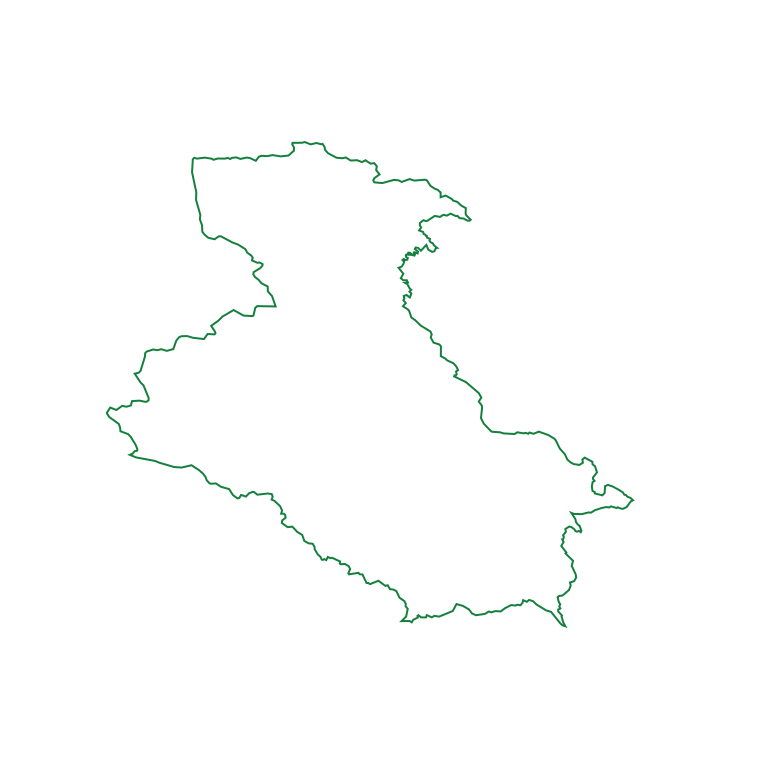 Ban Kha, Ratchaburi, Thailand (Equal Earth projection), rotated 119°
{"feature_id": "78962969B84740319728586", "entity_name": "Ban Kha", "entity_type": "district", "adm_level": 2, "iso_a3": "THA", "parent_name": "Thailand", "parent_adm1": "Ratchaburi", "projection": "equal_earth", "projection_center": [99.377, 13.332], "detail": "fine", "context": "isolated", "style": "outline", "palette": "green", "viewbox_px": 768, "rotation_deg": 119, "n_neighbors": 0, "source": "geoboundaries", "source_scale": "gbopen_adm2", "svg_char_len": 6166}
<svg xmlns="http://www.w3.org/2000/svg" viewBox="0 0 768 768"><g transform="rotate(119 384 384)"><path d="M582.9,253.7L578.9,246.7L579.0,244.2L576.0,244.1L571.9,241.2L570.6,242.3L569.5,241.8L570.1,238.6L569.5,237.2L567.8,234.1L565.4,234.5L564.9,229.0L562.4,227.6L560.7,223.0L549.2,213.8L541.3,213.9L539.8,207.4L540.0,200.2L542.0,195.9L541.7,191.6L536.2,184.3L532.2,182.1L531.7,179.4L528.6,176.5L526.4,171.7L521.3,169.4L515.7,165.6L514.1,161.7L512.4,160.4L511.4,157.4L508.1,156.8L505.6,157.5L505.2,153.4L502.5,152.4L501.7,148.2L502.9,143.8L503.4,132.6L502.3,127.4L508.0,113.4L508.5,111.0L508.0,107.9L505.8,111.4L501.3,116.0L500.2,116.1L498.5,121.3L496.8,122.3L494.9,120.9L493.5,122.9L491.2,123.1L489.9,125.5L486.3,128.8L484.6,128.2L482.4,125.3L474.5,122.3L469.8,123.0L467.4,125.1L464.3,122.1L460.1,122.1L457.6,124.0L452.0,131.7L447.0,132.9L444.2,143.1L443.0,142.8L439.7,150.4L435.1,150.3L433.5,152.8L432.9,152.1L430.6,152.5L429.6,154.0L425.0,153.3L422.9,155.1L418.8,152.8L418.3,150.5L418.8,147.0L419.8,145.3L419.6,143.6L418.0,142.3L418.3,140.1L416.7,140.2L413.1,144.3L413.2,145.7L411.8,149.0L409.3,151.2L405.9,157.6L405.6,155.0L402.0,148.0L397.2,142.9L396.2,140.6L392.1,138.3L386.6,133.2L383.8,129.8L382.8,127.1L381.0,126.2L379.7,120.4L378.6,119.9L377.9,115.5L376.8,114.1L374.0,112.1L366.9,111.2L365.0,109.8L364.1,113.0L364.6,116.8L363.8,118.2L364.3,120.2L363.0,122.5L362.7,127.2L362.8,134.5L363.7,139.3L366.2,141.1L372.3,138.2L375.5,139.0L377.5,146.5L376.4,147.2L376.4,149.8L373.1,152.4L368.7,154.0L366.7,152.9L365.8,155.1L364.6,155.9L358.0,154.9L353.6,159.6L353.1,162.7L351.0,164.0L351.1,172.8L353.9,173.9L356.4,171.9L360.0,173.8L362.1,179.3L362.1,182.7L361.2,187.0L357.8,191.7L355.2,199.0L349.9,206.6L349.2,208.7L349.0,215.6L350.6,225.5L355.0,229.0L356.0,233.3L357.6,233.7L358.1,236.5L359.5,238.0L361.6,244.0L364.4,245.5L369.2,255.4L370.0,259.1L373.4,266.4L373.3,267.9L370.3,277.5L366.9,282.6L357.0,286.8L355.4,288.1L353.4,292.6L348.7,292.3L346.0,296.7L342.6,313.3L343.4,326.3L342.3,326.5L341.9,325.3L340.4,325.1L338.2,327.0L335.9,326.0L333.6,329.3L332.2,333.3L332.7,340.3L332.0,342.6L332.1,347.8L323.4,352.5L322.6,354.8L323.8,360.7L320.7,365.7L317.5,366.3L315.6,368.8L315.1,380.2L313.0,388.0L312.6,392.3L307.9,397.4L307.2,399.3L306.8,405.1L302.6,404.2L301.4,407.6L299.4,407.6L297.5,409.4L295.2,407.4L295.8,403.4L291.6,403.9L290.9,406.5L288.4,405.8L288.1,407.7L285.3,412.1L285.3,414.6L283.6,412.3L282.2,414.4L283.9,417.4L283.3,420.6L278.2,420.5L275.3,427.6L272.9,425.5L269.5,425.2L267.2,425.7L266.6,427.9L265.1,427.4L265.3,425.6L264.0,423.9L262.2,424.3L262.3,426.1L260.8,427.4L260.0,427.2L258.5,424.1L258.3,426.3L257.3,426.4L256.7,425.0L257.4,421.3L256.9,419.6L255.7,419.7L255.0,421.6L254.0,421.5L253.5,417.9L251.7,418.4L251.0,422.5L249.3,422.5L248.4,420.1L249.5,416.3L241.8,414.4L245.0,410.4L245.1,406.0L243.5,404.3L239.8,404.5L239.2,403.6L238.6,407.1L237.3,409.7L237.4,412.1L236.6,413.7L234.8,414.1L235.1,417.2L233.6,418.5L234.0,419.4L233.4,420.3L233.6,422.0L232.0,423.4L232.7,427.7L229.1,427.4L227.6,429.8L225.6,430.6L221.6,428.9L221.2,426.4L220.2,425.2L212.4,421.1L210.7,416.0L207.2,414.1L206.3,410.7L202.7,408.3L202.3,402.5L201.3,401.2L202.3,398.4L200.7,394.6L200.7,390.4L199.7,388.3L198.3,387.8L196.5,394.0L195.5,395.2L190.5,397.7L190.5,403.0L189.2,408.2L190.1,412.5L189.3,414.2L189.3,421.4L193.2,425.0L189.1,427.3L188.1,431.2L188.6,434.0L188.2,439.4L185.1,445.2L185.3,446.9L191.5,456.3L192.3,460.9L198.7,466.5L198.8,470.0L200.7,474.3L209.1,482.9L212.3,490.2L211.1,492.1L208.6,492.2L202.8,489.5L200.8,494.5L197.0,495.9L195.6,499.6L197.8,502.6L197.3,508.7L200.6,510.8L201.3,516.0L204.7,521.5L204.4,527.2L206.7,529.8L209.1,535.2L209.3,544.8L207.7,549.3L205.5,550.8L203.8,554.2L204.8,555.2L205.9,559.8L210.0,564.4L210.8,570.6L212.7,572.6L217.4,580.9L218.7,580.6L220.9,577.3L223.7,575.9L230.5,578.3L235.0,584.7L237.8,592.4L241.3,596.6L243.8,601.7L245.8,603.6L250.9,604.3L251.4,611.0L252.5,613.8L256.8,618.8L257.3,622.8L259.9,626.6L261.8,627.6L262.0,630.2L264.0,632.4L267.3,638.6L270.6,641.9L270.4,643.7L272.8,650.3L277.5,656.8L278.2,659.7L280.3,660.1L291.9,654.5L307.2,641.2L314.1,637.6L325.2,626.6L329.2,624.9L333.4,620.1L338.9,616.7L340.4,613.4L341.3,608.5L339.5,602.3L334.9,600.1L333.9,598.2L333.7,585.4L332.8,579.0L333.3,570.6L335.4,567.4L336.0,562.3L337.2,560.0L339.9,559.4L339.4,553.6L338.0,551.6L338.0,548.3L339.3,547.7L342.4,548.3L349.3,552.2L351.4,551.5L353.0,548.7L353.7,544.0L355.3,540.2L355.1,533.0L359.3,530.5L361.4,524.5L368.7,516.4L377.4,532.7L379.8,533.5L387.3,531.4L388.4,531.9L392.3,540.2L392.2,551.4L403.4,558.0L409.1,559.6L416.9,563.4L420.1,557.3L421.3,556.0L422.7,556.2L425.8,562.5L432.0,563.3L436.2,573.5L437.5,579.4L440.4,584.3L442.5,585.9L446.8,586.7L455.6,585.2L460.3,590.0L461.5,595.6L464.3,598.6L465.7,602.6L470.8,607.4L472.8,607.8L476.2,606.3L490.6,603.3L493.0,604.0L495.8,607.0L500.7,597.7L501.8,593.7L510.2,583.2L512.4,582.0L514.3,582.8L515.4,584.3L517.0,589.6L521.0,596.0L525.5,595.0L528.7,598.2L530.1,602.4L536.5,605.5L537.3,612.0L543.8,612.4L546.1,608.3L547.5,596.7L549.9,593.8L553.1,591.6L551.9,583.6L553.0,579.9L557.7,571.6L560.7,568.0L562.0,567.6L563.7,569.5L566.8,570.1L569.2,572.0L568.4,565.2L562.3,547.0L561.7,541.9L558.3,527.1L555.1,520.4L548.4,513.0L549.0,504.0L550.1,499.0L551.7,495.2L554.1,492.4L555.4,488.8L555.2,487.1L552.5,482.9L552.9,476.5L551.0,468.5L554.4,462.2L555.1,456.6L553.7,455.3L550.3,455.2L549.4,450.2L544.9,449.0L541.9,446.5L541.5,445.0L542.2,441.1L536.0,432.4L534.8,428.7L536.4,426.8L539.6,426.2L539.3,423.3L541.2,415.7L544.0,411.8L547.3,411.1L546.0,408.7L546.4,407.0L548.7,405.2L552.5,406.9L555.1,406.0L555.9,398.9L553.2,395.0L555.4,388.2L555.7,382.3L559.9,377.6L559.9,372.7L558.3,368.9L560.1,365.9L562.2,364.4L565.1,359.4L566.1,355.4L567.8,353.4L567.5,352.2L566.1,351.4L566.0,349.1L562.5,349.3L562.4,346.6L561.2,345.3L560.5,336.4L562.4,335.7L562.7,334.6L560.4,331.0L560.4,326.6L562.2,323.9L566.8,323.5L567.4,322.2L561.5,314.8L562.2,313.1L561.0,310.5L566.5,302.8L565.7,301.2L565.8,299.2L558.8,293.5L559.9,284.9L558.2,283.2L560.5,279.4L559.2,275.9L559.2,272.7L563.4,266.8L564.0,261.0L565.7,258.4L567.9,257.3L569.2,254.2L576.7,251.9L582.9,253.7Z" fill="none" stroke="#15803d" stroke-width="2"/></g></svg>